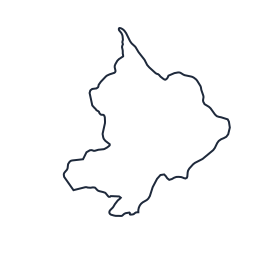 the State of Táchira, rotated 225°
{"feature_id": "VEN-28", "entity_name": "Táchira", "entity_type": "State", "adm_level": 1, "iso_a3": "VEN", "parent_name": "Venezuela", "parent_adm1": "", "projection": "albers", "projection_center": [-71.957, 7.987], "detail": "fine", "context": "isolated", "style": "outline", "palette": "slate", "viewbox_px": 256, "rotation_deg": 225, "n_neighbors": 0, "source": "natural_earth", "source_scale": "10m", "svg_char_len": 3112}
<svg xmlns="http://www.w3.org/2000/svg" viewBox="0 0 256 256"><g transform="rotate(225 128 128)"><path d="M69.6,120.7L71.8,117.7L71.5,112.6L68.7,103.6L64.4,95.3L63.7,92.4L63.8,90.3L65.0,85.9L65.2,83.8L64.9,81.6L64.0,79.3L62.7,77.3L61.2,75.8L61.1,75.7L61.9,74.9L62.7,73.8L63.0,72.4L63.0,71.6L63.2,70.9L63.5,70.3L64.7,68.8L65.1,68.4L65.6,68.3L66.6,69.2L67.2,69.2L69.3,66.3L69.6,65.7L69.8,65.0L70.0,64.3L70.1,61.9L70.4,61.3L70.8,60.8L71.1,60.5L71.9,59.8L74.4,57.3L76.0,56.2L78.7,54.7L79.3,54.6L80.0,54.5L81.1,54.8L81.8,55.4L82.4,56.6L82.5,57.6L82.5,61.2L82.8,62.6L83.4,64.8L84.0,69.5L83.7,72.8L83.8,73.6L84.7,73.5L85.9,73.3L92.0,67.7L92.1,66.7L92.4,66.3L92.9,65.8L93.8,65.7L97.8,66.1L98.5,66.0L100.3,65.1L103.4,63.2L104.2,62.8L105.0,62.5L105.8,62.4L108.3,62.5L109.1,62.5L109.9,62.0L110.9,61.1L112.3,59.2L114.5,57.3L115.2,57.0L115.5,56.8L116.3,56.0L122.6,45.5L138.6,48.3L139.3,48.8L140.3,49.5L140.9,50.2L141.2,50.9L141.4,51.6L141.7,55.6L142.0,56.2L142.3,56.9L144.6,59.8L144.8,60.1L144.9,60.4L145.4,62.8L145.2,64.4L144.5,65.6L137.7,74.1L140.2,81.5L139.2,85.3L138.7,85.9L138.0,86.7L136.0,87.7L135.3,88.5L133.6,91.6L130.3,95.7L129.8,96.6L129.0,99.4L128.7,101.6L128.7,102.2L128.7,102.7L128.9,103.1L129.5,103.6L134.9,102.9L137.5,103.2L138.8,103.8L141.6,105.7L142.1,106.3L147.7,115.1L148.9,116.4L152.0,119.2L153.2,119.8L154.2,120.0L154.8,119.8L155.3,119.4L155.8,118.9L156.4,118.4L157.2,118.2L158.7,118.3L159.9,118.9L160.7,118.9L162.1,118.5L163.0,118.3L164.8,118.6L165.8,118.5L169.2,118.7L179.9,125.6L181.1,127.7L181.2,128.3L180.9,130.3L178.3,133.7L178.0,135.6L178.2,136.2L179.3,137.9L179.9,141.5L180.1,148.8L179.9,150.3L178.9,153.0L176.7,157.3L176.6,158.2L176.8,159.0L177.2,159.5L177.7,159.9L180.0,161.3L180.4,161.6L180.8,162.0L181.4,162.7L182.1,164.3L183.1,168.0L183.1,170.4L182.1,175.2L182.8,175.9L183.6,176.5L184.3,176.9L184.9,177.5L185.7,178.3L186.7,179.2L189.5,181.0L190.3,182.3L190.8,183.6L192.7,184.7L193.3,185.6L193.9,186.7L196.9,189.2L198.4,190.0L200.1,190.5L203.4,190.8L204.4,191.4L204.8,192.0L204.8,192.4L204.6,192.8L203.7,193.4L202.7,193.8L201.4,194.1L200.4,194.2L199.2,194.2L196.3,193.7L188.1,190.9L186.6,190.6L185.2,190.4L180.7,190.6L179.7,190.5L174.2,189.1L164.5,187.9L159.0,186.1L155.8,185.9L147.2,186.3L145.9,186.7L144.9,187.3L143.4,187.5L141.5,187.3L138.1,187.7L136.7,188.0L135.9,188.4L135.6,188.9L135.5,189.6L135.4,190.4L135.5,191.2L135.9,192.5L136.2,193.1L136.4,193.6L134.0,199.6L131.8,202.8L131.0,203.5L130.2,204.0L129.6,204.2L126.6,204.9L125.3,205.4L119.8,209.0L118.5,209.7L116.7,210.2L114.0,210.5L112.4,210.3L106.4,208.9L105.2,208.3L103.1,206.8L97.6,204.1L96.5,203.3L96.1,202.8L94.6,200.7L93.4,199.8L90.7,199.0L85.8,200.2L83.5,200.3L76.2,199.1L74.7,199.1L73.5,199.2L72.9,199.5L71.7,200.1L69.6,201.5L63.6,204.6L61.1,203.8L56.3,200.3L52.7,194.4L52.3,191.3L53.1,188.6L54.2,185.9L54.7,183.0L54.3,180.5L52.5,175.3L52.1,172.6L53.4,158.8L56.0,150.7L56.3,148.4L56.0,142.7L55.4,140.4L54.5,138.9L51.8,135.7L51.2,134.5L51.6,133.0L52.8,132.2L54.3,131.6L55.7,130.9L57.6,129.3L59.2,127.6L60.2,125.5L60.9,122.9L62.2,120.5L64.6,120.2L67.4,120.7L69.6,120.7Z" fill="none" stroke="#1e293b" stroke-width="2"/></g></svg>